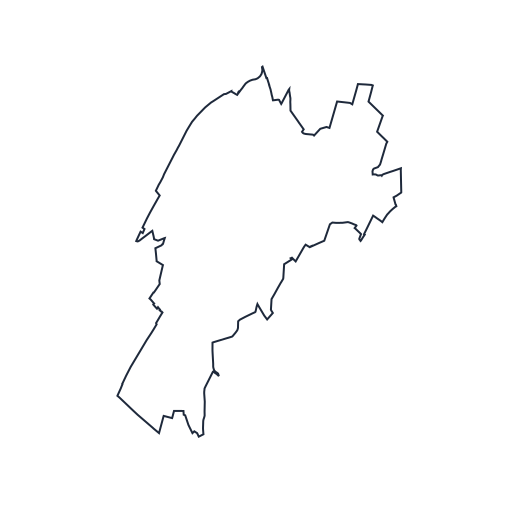 outline of Salaspils, Salaspils, Latvia, rotated 108°
{"feature_id": "27541924B10713926826642", "entity_name": "Salaspils", "entity_type": "district", "adm_level": 2, "iso_a3": "LVA", "parent_name": "Latvia", "parent_adm1": "Salaspils", "projection": "robinson", "projection_center": [24.35, 56.87], "detail": "fine", "context": "isolated", "style": "outline", "palette": "slate", "viewbox_px": 512, "rotation_deg": 108, "n_neighbors": 0, "source": "geoboundaries", "source_scale": "gbopen_adm2", "svg_char_len": 5218}
<svg xmlns="http://www.w3.org/2000/svg" viewBox="0 0 512 512"><g transform="rotate(108 256 256)"><path d="M107.1,268.1L101.3,270.1L98.9,271.0L96.7,271.6L95.4,272.0L94.4,272.5L93.7,272.9L90.0,274.7L89.9,274.8L88.2,275.7L87.5,275.9L87.0,276.0L87.8,276.3L103.2,278.9L103.6,279.0L101.2,281.5L100.4,282.3L100.5,283.3L102.6,287.7L102.7,288.0L99.8,289.6L98.0,290.8L95.7,292.1L94.2,293.0L93.0,293.7L91.4,294.9L89.3,296.4L89.2,296.3L85.6,298.9L83.3,300.5L83.6,301.1L82.5,301.9L73.9,308.3L74.5,308.7L76.5,307.7L77.5,307.3L79.0,307.1L81.1,307.0L83.5,307.6L84.2,307.9L86.4,309.3L87.2,310.1L88.1,311.2L89.4,313.7L91.0,315.8L92.7,317.4L94.3,318.6L95.3,319.2L98.8,320.4L100.5,320.9L102.6,321.7L105.3,322.6L104.9,323.1L105.8,323.5L107.3,323.3L108.6,323.7L108.1,326.2L107.9,326.9L107.2,330.3L106.8,330.4L106.9,330.5L107.1,330.7L111.1,334.6L112.0,336.5L122.3,344.8L123.8,346.1L127.6,348.5L130.3,350.2L132.3,351.2L138.4,354.2L140.8,355.4L145.0,357.0L145.7,357.3L148.2,358.3L154.0,359.7L158.3,360.7L173.8,363.1L174.9,363.3L175.1,363.3L176.8,363.7L179.9,364.2L185.2,365.3L187.2,365.6L206.6,368.7L210.0,368.9L215.7,369.9L218.2,370.5L224.9,371.4L225.2,371.0L226.8,368.5L228.2,366.3L232.3,367.2L234.8,367.7L240.2,368.8L247.4,370.2L253.9,371.3L264.1,372.7L264.8,370.4L269.2,370.8L268.5,373.3L277.4,374.4L278.8,374.5L278.8,373.3L278.4,372.6L277.1,371.4L274.7,369.8L271.3,367.4L264.6,362.8L264.1,362.4L268.7,359.6L270.1,358.8L271.5,358.1L271.7,353.9L267.3,348.6L267.1,348.3L270.0,348.3L272.5,348.2L273.6,348.3L273.9,348.8L274.7,349.0L275.0,349.1L279.7,354.1L284.6,351.9L291.1,349.1L291.7,348.9L292.8,344.2L293.4,341.7L293.8,341.7L309.1,340.4L312.2,339.0L312.4,338.9L320.6,341.3L322.4,341.9L322.5,342.3L329.3,344.2L330.0,342.6L331.9,339.5L332.3,338.9L332.5,338.6L332.6,338.3L332.8,338.4L333.9,338.7L335.3,336.4L335.4,336.2L336.7,333.9L335.0,333.4L335.5,332.7L336.3,331.4L336.4,331.2L336.6,330.8L337.2,331.0L338.1,329.3L337.9,328.8L338.6,327.5L343.1,328.6L346.8,329.4L350.7,330.3L351.7,329.4L357.4,330.7L361.8,331.8L369.8,334.0L376.0,335.4L400.1,340.9L409.9,342.5L417.7,343.5L418.9,343.7L419.1,343.4L423.8,343.7L431.6,344.6L431.8,344.6L432.6,342.6L439.1,329.0L439.3,328.6L441.1,324.8L442.7,321.4L443.3,320.1L443.5,319.7L445.5,314.9L451.5,300.6L451.7,300.3L451.8,300.0L454.4,293.5L437.0,294.4L436.6,294.4L436.1,285.7L435.4,285.7L428.7,286.1L425.8,277.1L429.3,275.7L429.4,274.1L437.5,268.1L439.8,265.9L440.1,265.6L443.8,262.0L443.9,261.9L444.1,261.7L441.8,260.5L442.7,257.2L445.5,254.6L441.8,250.9L437.7,252.6L436.1,253.2L431.6,254.5L429.2,255.2L427.8,255.4L425.5,255.4L423.8,255.5L422.6,255.9L419.7,256.9L410.4,259.7L402.7,262.8L401.1,263.3L398.7,263.8L397.8,264.0L395.6,263.7L379.3,261.2L378.9,260.7L379.5,259.7L379.8,259.1L380.4,256.9L381.7,254.2L379.6,255.7L379.2,256.6L378.6,258.9L378.3,259.4L377.7,260.4L376.4,261.4L375.3,262.1L374.5,262.5L371.8,263.4L369.7,264.2L367.9,264.9L360.9,267.6L359.0,268.3L351.8,270.6L351.2,269.9L340.1,253.9L339.5,253.5L335.3,251.8L332.9,251.0L331.9,250.8L330.0,250.9L323.6,252.8L321.5,251.6L317.1,247.3L311.8,241.8L309.8,239.6L309.6,239.5L309.3,239.3L308.8,239.3L307.6,239.4L304.7,239.7L303.2,239.8L301.8,239.8L301.3,239.8L301.4,239.7L302.4,238.5L302.9,238.0L310.1,229.8L312.9,225.8L306.0,222.8L305.0,222.4L303.4,224.3L302.5,225.2L292.2,227.9L286.6,226.7L279.3,225.3L273.5,224.1L273.3,224.0L269.3,223.1L268.2,223.3L255.5,226.6L255.1,226.7L254.8,226.4L248.2,220.9L247.4,222.3L246.5,221.3L247.2,220.0L248.5,217.4L248.9,216.6L233.6,213.4L232.0,213.0L229.9,212.3L230.9,208.1L230.6,207.6L229.7,206.6L230.1,206.6L224.0,199.9L220.4,195.8L203.0,195.5L200.6,193.7L199.7,189.9L197.7,184.0L195.4,179.2L195.3,178.5L195.3,177.2L195.4,174.5L195.6,173.0L195.7,170.5L195.7,170.3L195.9,169.9L196.0,169.8L198.9,170.8L199.0,170.5L202.6,163.0L202.7,162.9L207.7,163.1L208.0,163.0L208.2,162.8L208.5,162.5L209.0,161.4L209.3,161.2L209.0,161.0L205.3,160.1L202.1,159.2L201.9,160.0L196.5,159.2L181.4,157.1L182.0,154.9L182.7,152.8L183.6,149.7L184.4,147.3L184.8,146.3L184.0,146.1L181.7,145.6L179.4,145.0L176.9,144.3L175.9,144.0L174.7,143.4L172.2,142.3L170.2,141.2L168.5,140.2L166.2,138.7L165.3,137.9L164.0,138.8L163.9,139.2L157.9,143.2L157.7,143.3L155.2,140.9L150.8,137.5L150.6,137.5L129.4,144.9L129.0,145.0L127.8,145.3L132.9,152.1L134.9,154.9L135.0,155.0L138.6,159.8L139.1,160.3L139.6,160.8L140.1,161.1L140.7,161.2L140.5,161.5L140.5,161.8L140.6,162.2L141.5,164.2L141.8,164.9L141.8,165.3L141.7,165.9L141.5,166.7L141.5,167.4L141.6,167.9L141.7,168.3L142.0,169.3L142.2,169.8L142.4,170.2L139.4,171.4L137.6,171.4L136.6,171.0L135.9,170.2L133.8,167.5L132.7,167.1L130.7,166.3L128.6,166.3L127.8,166.3L127.4,166.3L125.8,166.4L121.2,166.5L120.6,166.5L108.8,166.8L106.8,166.4L104.4,171.1L103.5,173.0L100.4,179.2L100.0,179.2L83.7,178.8L83.3,178.7L74.4,196.7L64.2,197.2L58.3,197.6L57.7,197.6L57.6,199.0L59.0,204.7L61.0,212.2L62.5,212.1L68.6,211.8L68.9,211.8L82.0,211.3L81.8,212.4L81.5,213.1L81.4,213.7L81.5,214.5L82.5,219.4L84.0,226.6L84.3,226.6L111.3,225.7L111.5,225.7L111.5,228.8L114.9,233.8L115.2,234.2L123.5,238.0L123.2,238.6L123.0,239.3L123.2,240.3L123.6,242.0L124.6,246.4L124.7,247.6L124.7,248.7L124.4,249.6L123.7,250.6L120.8,249.8L119.6,251.4L118.1,253.4L115.6,256.8L115.3,257.1L107.1,268.1Z" fill="none" stroke="#1e293b" stroke-width="2"/></g></svg>